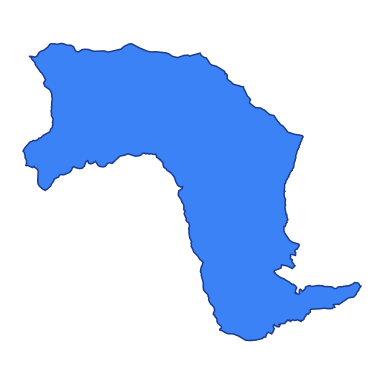 outline of Rucar, Arges, Romania
{"feature_id": "2599482B65815623674969", "entity_name": "Rucar", "entity_type": "district", "adm_level": 2, "iso_a3": "ROU", "parent_name": "Romania", "parent_adm1": "Arges", "projection": "robinson", "projection_center": [25.127, 45.475], "detail": "fine", "context": "isolated", "style": "filled", "palette": "blue", "viewbox_px": 384, "rotation_deg": 0, "n_neighbors": 0, "source": "geoboundaries", "source_scale": "gbopen_adm2", "svg_char_len": 5927}
<svg xmlns="http://www.w3.org/2000/svg" viewBox="0 0 384 384"><path d="M354.3,282.6L352.8,284.1L349.4,285.4L348.7,286.1L347.1,285.7L345.1,286.3L343.5,286.3L342.6,286.8L339.1,286.7L337.8,287.2L336.5,288.4L335.0,288.6L334.1,288.4L331.8,286.8L325.6,286.5L324.6,286.8L322.7,285.7L320.0,285.7L318.7,285.4L311.6,286.5L309.9,285.6L309.0,285.6L305.6,287.0L305.0,288.9L302.4,291.5L300.7,289.2L300.2,289.3L299.5,289.9L299.3,291.0L299.4,293.8L298.4,294.2L295.9,293.5L296.4,292.9L295.8,292.4L295.4,292.8L295.1,292.3L295.8,289.6L296.7,287.9L295.6,286.0L294.1,284.9L293.4,284.9L293.3,284.3L292.1,284.3L288.8,281.8L284.5,279.3L283.9,278.6L283.3,278.7L279.7,277.0L276.4,274.6L275.0,272.8L274.3,272.6L274.0,272.0L274.4,270.6L280.9,268.1L281.7,264.8L287.5,266.1L292.3,268.5L295.0,265.9L294.3,265.5L293.8,264.1L292.1,261.9L291.9,261.1L292.4,260.1L292.3,259.6L290.3,258.7L290.7,256.3L290.1,255.4L290.9,254.4L292.0,254.5L295.5,255.4L295.7,252.5L294.8,251.3L295.1,250.2L295.7,249.5L297.2,249.1L299.3,245.3L298.9,244.2L292.2,242.1L289.5,240.2L284.5,232.7L283.9,230.7L283.9,226.9L284.1,226.5L285.1,226.5L285.7,225.1L285.7,223.8L287.0,222.5L286.7,221.5L287.9,219.8L287.1,217.7L286.7,214.4L286.1,214.4L285.0,207.8L285.0,206.2L285.6,205.3L285.0,203.0L285.6,199.6L284.3,196.8L284.1,194.4L284.3,191.3L284.8,191.2L284.3,190.6L284.7,183.8L285.8,182.8L285.6,182.3L286.3,180.0L287.0,179.6L287.6,178.0L288.5,177.0L288.4,176.4L288.9,176.1L288.8,175.3L289.5,174.7L290.1,172.8L291.7,170.6L292.3,170.3L292.5,168.8L293.6,167.5L294.2,162.4L294.8,161.6L295.9,157.2L295.7,155.4L296.5,153.8L297.2,150.4L298.2,149.3L298.2,148.4L299.2,147.2L299.1,145.4L300.1,144.4L300.4,142.4L301.2,141.4L302.2,138.3L303.1,136.9L302.5,135.9L301.5,135.4L294.5,134.3L287.8,132.1L283.2,126.2L280.2,124.4L279.4,122.9L277.7,121.3L274.0,115.6L269.4,114.5L264.3,109.9L263.0,109.5L260.7,108.0L255.3,107.6L250.2,103.5L249.6,103.0L249.8,100.6L250.5,99.9L249.8,98.5L247.5,96.1L246.0,93.2L244.8,90.4L244.1,89.6L243.4,86.8L241.4,86.7L239.3,85.8L234.5,84.6L232.6,83.7L231.5,82.3L228.3,80.0L227.2,78.7L227.3,75.5L226.5,73.9L224.9,73.6L225.1,72.3L224.1,71.0L216.2,66.2L212.2,65.2L210.1,63.9L206.3,57.9L203.9,57.3L202.4,56.4L200.6,54.4L200.1,53.1L189.4,56.1L188.0,55.1L184.0,55.4L178.0,57.5L176.9,57.4L172.3,56.3L169.1,54.0L166.1,52.9L156.6,51.8L150.5,51.9L147.4,51.2L139.9,48.1L131.4,43.7L129.2,44.0L125.6,45.6L123.6,46.8L121.0,49.1L108.2,52.1L104.1,50.9L94.3,51.3L91.9,50.8L88.3,49.4L84.1,49.3L81.9,49.7L79.0,51.7L77.4,51.9L75.3,50.6L73.7,47.0L71.2,45.3L66.4,45.1L63.8,43.8L61.5,43.4L57.1,44.3L54.2,43.8L50.9,43.8L49.8,44.3L47.8,47.1L44.2,50.0L40.6,51.4L39.2,52.4L36.9,56.1L35.6,56.9L34.6,57.1L33.3,56.6L29.1,56.2L31.6,57.9L31.6,58.9L35.3,63.0L35.1,64.0L35.8,65.3L40.7,72.2L41.6,72.7L43.8,76.2L45.6,79.9L43.6,82.9L44.8,86.2L50.0,89.9L51.8,93.9L51.7,96.3L52.3,98.2L51.6,103.5L51.9,105.6L51.4,106.5L51.6,108.8L51.1,111.2L51.5,112.9L51.4,115.4L53.2,119.0L52.4,122.7L52.8,123.3L52.9,124.9L52.4,126.0L52.4,127.4L50.6,129.2L49.9,131.8L43.3,135.3L40.9,137.8L38.6,138.3L37.8,139.9L34.7,140.7L33.0,140.5L31.7,141.5L30.1,141.9L24.6,148.2L23.0,151.1L24.6,152.9L24.5,154.2L25.1,155.3L25.1,157.9L26.0,159.1L26.5,161.0L26.5,163.6L25.8,165.3L26.2,165.7L27.8,165.5L32.5,167.6L34.1,166.4L34.3,167.1L37.3,169.2L38.2,171.3L37.7,181.2L38.1,184.0L39.5,186.2L42.8,189.1L45.1,190.3L45.2,189.8L45.7,190.0L47.1,189.3L50.7,186.0L51.7,183.5L53.6,181.2L54.1,179.3L57.2,177.5L58.3,177.4L59.3,175.6L60.5,174.5L63.9,174.8L69.7,172.3L70.4,171.1L71.2,170.8L72.7,167.2L74.5,166.9L75.3,167.6L79.6,168.6L82.1,168.3L84.6,166.0L84.9,164.2L86.2,161.5L87.4,160.6L88.1,161.3L88.3,162.6L88.7,163.2L90.7,163.9L92.5,163.4L95.4,161.4L98.1,165.3L99.8,166.5L103.5,166.9L105.5,166.2L107.3,163.7L108.6,163.0L110.1,162.7L111.5,163.4L112.5,163.2L113.2,162.7L113.4,161.8L113.9,161.8L119.8,156.2L124.9,155.1L127.9,153.8L135.5,156.2L139.0,155.8L141.6,154.6L142.2,153.5L144.3,153.2L145.2,153.3L146.0,153.9L147.0,153.5L149.6,154.1L150.9,153.6L153.3,154.4L156.1,154.4L156.6,157.3L159.9,159.1L160.2,159.4L159.8,159.7L160.7,160.0L161.1,160.9L163.3,163.1L162.9,163.9L163.8,167.3L166.3,169.0L167.1,170.4L170.5,172.5L172.8,175.0L174.3,177.1L176.0,182.0L177.9,185.6L180.8,187.1L182.6,186.7L182.2,188.5L178.8,190.9L178.2,194.5L178.7,196.1L181.1,199.5L182.0,202.3L183.5,204.2L183.9,206.2L183.8,209.9L185.3,211.0L184.3,212.9L184.2,213.9L186.3,218.8L186.0,219.5L186.1,220.5L187.3,222.0L188.7,222.6L189.1,223.8L189.5,226.3L188.7,228.1L189.1,231.3L188.9,232.6L189.8,238.2L191.6,241.5L191.0,243.1L191.5,244.9L191.2,246.6L192.7,249.0L193.7,251.9L197.7,255.9L199.7,259.2L203.1,262.1L201.9,266.0L201.2,267.1L200.4,271.7L201.4,273.7L201.3,275.4L203.0,281.8L203.3,284.0L203.1,286.8L203.6,289.7L204.8,291.6L208.0,294.7L208.0,296.1L208.9,297.8L208.6,299.5L209.5,301.9L210.8,304.1L212.1,305.0L214.0,307.4L214.7,310.3L213.4,313.1L213.4,314.7L214.7,315.3L215.1,316.8L216.9,318.6L217.0,321.6L218.0,323.6L221.4,326.3L221.4,328.1L220.1,328.8L219.7,329.9L220.4,330.4L221.4,330.4L226.6,333.3L229.1,333.9L231.3,333.7L234.7,334.2L236.0,335.1L237.8,335.6L245.6,340.2L250.1,340.6L251.3,340.2L252.1,340.6L253.5,340.1L255.4,340.2L262.6,338.4L263.5,337.1L265.6,337.1L266.7,333.8L268.2,332.2L271.6,333.9L272.8,332.3L274.3,328.6L273.6,327.7L273.3,326.2L273.6,325.1L274.3,324.6L274.9,325.6L276.9,326.3L277.0,326.7L279.1,326.8L279.5,326.5L279.5,325.7L279.1,324.5L280.1,324.8L280.7,323.7L284.7,323.5L287.0,320.7L287.3,320.7L287.4,320.1L289.0,320.7L289.0,320.1L289.5,320.0L290.8,321.4L291.1,320.7L293.1,319.8L294.5,320.5L298.0,319.8L299.5,320.8L300.4,321.1L300.5,320.7L301.3,321.3L301.9,320.3L303.0,320.1L304.0,319.1L304.3,317.9L307.1,313.9L308.6,314.1L308.7,313.3L310.3,312.1L310.3,309.6L310.9,309.2L319.8,308.8L324.7,308.1L327.3,308.7L331.8,308.6L332.9,307.7L334.8,307.3L333.4,304.7L337.9,304.1L338.7,304.6L348.5,297.9L353.8,297.0L356.4,294.1L356.7,292.7L358.9,290.0L359.2,288.8L361.0,286.2L359.9,285.8L358.7,283.5L357.5,282.8L354.3,282.6Z" fill="#3b82f6" stroke="#1e3a8a" stroke-width="1.5"/></svg>